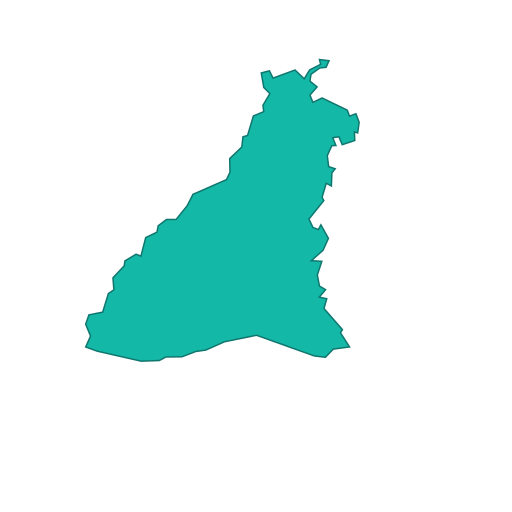 Brazos, Texas, United States of America, rotated 227°
{"feature_id": "52423323B4274675521661", "entity_name": "Brazos", "entity_type": "district", "adm_level": 2, "iso_a3": "USA", "parent_name": "United States of America", "parent_adm1": "Texas", "projection": "orthographic", "projection_center": [-96.277, 30.652], "detail": "fine", "context": "isolated", "style": "filled", "palette": "teal", "viewbox_px": 512, "rotation_deg": 227, "n_neighbors": 0, "source": "geoboundaries", "source_scale": "gbopen_adm2", "svg_char_len": 1329}
<svg xmlns="http://www.w3.org/2000/svg" viewBox="0 0 512 512"><g transform="rotate(227 256 256)"><path d="M305.6,69.4L294.6,75.0L257.4,100.3L245.5,114.0L243.6,121.2L232.8,133.1L227.3,146.7L221.4,155.2L214.8,174.4L197.7,202.3L143.1,230.5L134.6,237.7L135.2,249.0L125.7,262.4L142.2,265.4L143.2,269.0L171.2,269.9L176.5,278.6L182.8,274.2L183.9,283.9L190.7,281.9L200.3,287.9L207.2,300.5L214.8,293.3L214.5,309.0L219.5,321.0L234.5,324.7L232.8,319.7L238.0,317.1L246.9,319.9L250.3,343.4L253.8,344.3L261.3,357.0L255.8,358.9L265.0,368.1L265.8,373.4L271.8,370.1L280.8,376.6L285.0,386.7L282.3,389.8L290.2,392.8L286.7,397.9L278.6,395.0L273.1,407.0L279.6,412.6L276.7,414.3L283.4,422.6L291.9,426.1L294.5,419.8L300.4,422.2L326.5,412.1L329.6,402.4L336.9,405.2L338.0,416.0L347.1,414.7L351.4,420.2L350.0,430.9L346.2,435.9L349.0,442.6L356.4,436.4L352.1,434.0L355.5,422.1L352.7,412.1L365.4,411.4L374.5,389.8L382.3,392.1L386.3,384.7L373.9,376.6L365.3,376.9L361.5,363.9L356.3,360.1L360.2,349.6L349.9,332.0L352.1,327.8L345.4,319.9L345.2,303.2L335.0,294.1L332.0,286.5L344.1,252.0L339.7,239.9L337.2,222.5L343.8,215.4L344.8,205.1L341.0,199.8L344.7,187.9L334.4,171.8L339.1,169.5L341.8,156.8L338.7,152.9L337.6,136.5L328.2,129.0L329.2,122.4L319.5,105.6L326.9,93.7L322.3,84.9L310.3,80.4L305.6,69.4Z" fill="#14b8a6" stroke="#0f766e" stroke-width="1.5"/></g></svg>